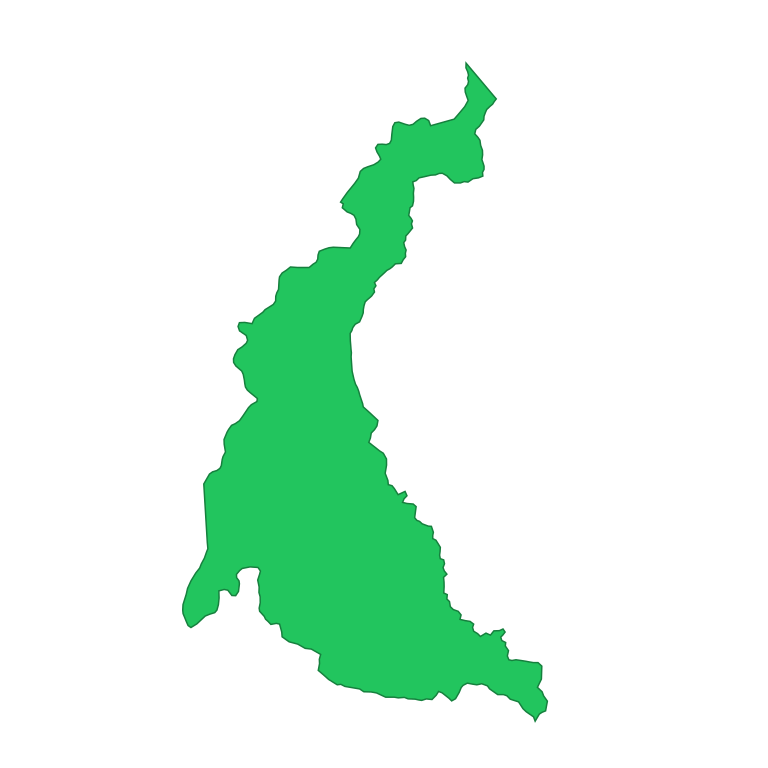 the district of São Pedro dos Crentes, Maranhão, Brazil, rotated 274°
{"feature_id": "56859067B67019144330304", "entity_name": "São Pedro dos Crentes", "entity_type": "district", "adm_level": 2, "iso_a3": "BRA", "parent_name": "Brazil", "parent_adm1": "Maranhão", "projection": "orthographic", "projection_center": [-46.661, -6.85], "detail": "fine", "context": "isolated", "style": "filled", "palette": "green", "viewbox_px": 768, "rotation_deg": 274, "n_neighbors": 0, "source": "geoboundaries", "source_scale": "gbopen_adm2", "svg_char_len": 5172}
<svg xmlns="http://www.w3.org/2000/svg" viewBox="0 0 768 768"><g transform="rotate(274 384 384)"><path d="M116.8,557.1L116.5,552.3L116.9,548.2L117.3,544.9L117.7,540.3L118.1,534.9L117.1,530.9L117.6,527.8L121.3,526.0L126.7,526.8L131.1,523.3L134.6,523.4L136.3,519.4L139.6,518.1L141.8,520.0L145.0,522.1L147.9,519.8L146.0,516.3L145.4,510.8L140.9,507.7L142.6,503.1L138.9,497.8L141.5,494.8L143.6,490.7L147.4,489.3L150.7,490.2L153.2,486.4L153.6,481.6L154.5,476.2L159.0,477.0L162.4,473.9L163.8,468.9L166.5,465.7L171.5,464.5L173.9,461.7L178.3,461.8L179.7,458.2L186.1,458.1L190.5,457.7L195.3,456.9L198.7,460.0L201.7,457.2L205.0,455.7L208.9,456.9L212.7,455.8L213.7,452.3L217.2,451.4L220.4,451.6L225.0,451.6L227.8,449.6L231.8,446.7L233.2,443.4L236.5,443.2L239.5,443.6L245.3,441.2L245.3,438.1L247.2,431.8L249.4,429.1L250.3,426.2L252.8,423.9L263.9,424.6L266.3,421.5L266.4,415.2L267.2,410.8L270.9,412.0L274.1,414.7L278.3,412.5L274.6,405.8L280.4,401.6L283.1,399.1L283.9,395.3L288.1,394.6L295.0,391.4L303.3,392.2L309.4,391.7L314.9,388.1L317.0,384.2L324.7,372.9L329.1,374.2L334.2,374.7L337.9,377.8L341.7,379.9L347.2,380.5L353.5,372.8L359.7,364.9L362.8,364.1L371.5,360.5L375.0,359.3L378.7,357.6L381.8,355.6L386.6,353.7L394.6,351.3L408.8,349.3L412.9,349.3L416.1,348.7L420.9,348.0L424.8,347.4L432.1,346.7L435.0,348.2L438.0,348.9L441.6,351.1L444.3,355.3L449.8,357.3L453.5,358.3L456.8,358.2L460.7,358.6L464.6,359.5L466.9,361.5L470.9,365.5L475.1,368.1L478.2,367.2L481.4,369.1L484.6,367.4L487.4,370.1L490.1,372.0L494.8,376.5L497.6,379.0L499.3,381.7L501.2,383.9L504.7,387.0L505.5,392.8L509.3,394.5L512.5,396.7L515.9,396.2L519.2,396.7L522.4,395.0L526.4,393.8L529.1,395.5L533.1,395.4L535.6,397.4L538.3,399.3L541.6,401.6L545.7,400.2L548.7,401.0L551.3,399.3L553.9,396.9L557.6,397.3L561.7,397.7L563.7,400.0L568.4,400.7L572.5,400.5L576.4,400.0L581.2,400.2L584.7,399.2L587.6,398.6L589.2,402.0L592.1,404.6L593.4,409.1L595.6,416.2L596.2,420.8L597.9,424.3L598.3,427.5L596.1,432.2L592.7,435.9L589.5,440.3L589.9,446.2L591.5,449.8L591.3,453.7L595.0,458.4L596.2,463.8L598.3,468.1L602.0,467.5L605.0,468.8L608.3,468.6L611.6,467.3L614.7,466.0L619.5,466.4L624.0,465.9L628.7,463.8L633.8,462.7L636.6,460.5L639.9,457.1L644.4,457.8L647.9,461.2L654.4,465.1L658.1,465.1L661.9,466.2L665.0,467.3L668.3,470.3L670.7,472.8L673.5,474.3L676.2,476.1L709.8,443.5L705.1,443.7L701.4,445.7L697.9,446.8L695.0,446.1L691.7,447.2L688.5,446.7L684.8,444.2L680.9,444.7L676.8,446.4L672.8,448.2L666.3,445.2L659.1,440.0L653.1,435.5L644.9,412.5L649.9,410.2L652.0,406.1L651.5,402.3L648.3,398.1L645.1,394.9L643.8,391.1L644.6,386.9L646.3,380.5L645.4,376.6L641.4,374.8L633.5,374.4L627.7,374.3L624.4,372.8L623.0,369.6L623.1,365.4L622.6,361.2L618.9,359.1L614.9,360.9L611.0,363.6L608.0,365.1L605.0,362.7L602.0,358.5L599.5,352.5L597.6,348.6L594.4,345.5L587.6,344.1L582.0,340.7L572.5,334.0L565.8,329.9L562.4,328.0L560.9,330.8L556.9,330.1L553.1,335.2L551.9,339.0L550.2,342.3L546.5,344.5L541.2,345.6L536.5,349.2L531.9,349.2L529.1,348.1L525.4,345.5L522.1,343.4L517.3,340.8L516.9,323.9L516.1,319.7L514.4,315.4L511.9,310.2L508.1,309.2L504.0,309.2L500.7,307.8L498.5,304.8L495.0,301.2L494.2,289.6L494.2,282.5L490.7,278.7L487.6,274.6L483.6,272.3L480.5,272.1L471.0,272.2L467.5,270.7L464.0,269.9L459.2,270.1L455.6,268.0L449.9,260.2L447.1,258.1L440.5,250.2L435.0,248.2L435.7,240.8L435.1,235.5L431.2,234.4L426.9,236.2L422.8,243.2L418.1,244.9L415.0,243.7L410.9,239.6L408.1,235.8L403.0,233.3L398.7,232.1L395.0,232.5L391.6,235.0L387.0,241.2L383.8,242.9L378.3,244.4L374.7,245.1L371.3,246.0L368.4,248.1L366.0,251.2L360.7,258.7L357.6,258.4L354.1,253.1L351.0,250.5L342.8,245.8L337.3,242.4L334.0,238.3L332.1,234.8L327.9,232.2L325.0,230.8L317.5,228.3L312.7,228.8L305.1,230.6L300.4,228.5L297.6,227.9L291.2,227.4L288.4,226.2L286.0,223.3L284.4,219.1L282.0,216.2L271.7,211.2L213.5,218.8L207.4,219.8L204.4,218.8L197.8,217.0L191.8,214.3L187.6,213.0L182.3,209.4L174.2,205.2L166.4,202.3L160.5,201.4L149.9,198.9L144.4,199.0L140.9,199.6L137.7,201.2L133.0,203.5L129.4,205.4L127.6,208.4L131.7,214.1L140.1,221.9L142.3,226.4L144.1,231.1L146.8,233.1L152.3,234.2L159.0,234.4L166.1,233.7L167.9,238.9L167.4,242.6L162.4,247.0L162.5,250.8L166.9,253.3L174.6,253.7L177.5,253.1L180.5,250.5L183.8,250.1L187.8,253.0L190.1,255.4L192.2,263.1L192.2,271.1L188.8,273.8L185.6,273.2L179.6,271.7L172.8,273.6L167.3,273.8L163.1,275.3L157.1,275.8L151.7,275.1L148.6,275.8L143.8,280.8L141.2,282.2L139.0,285.0L136.3,287.9L137.7,293.3L137.2,296.6L129.4,299.3L124.7,300.0L120.2,307.3L118.5,316.1L114.8,323.8L114.5,330.0L109.8,339.7L104.9,338.7L100.5,339.2L93.7,338.4L89.9,343.6L85.4,349.4L80.7,358.3L81.4,361.9L79.6,366.1L78.1,381.0L75.6,385.3L75.9,392.7L75.3,398.1L71.7,407.5L72.3,416.1L71.9,420.1L72.8,426.2L71.6,430.0L71.8,437.1L71.3,440.3L71.0,443.6L72.8,448.2L72.6,453.9L77.2,457.8L81.1,459.9L80.0,463.5L75.0,470.8L72.6,473.6L75.0,477.3L81.6,480.5L86.6,482.2L88.9,483.9L91.4,488.0L90.8,493.0L90.4,497.6L91.8,502.4L90.1,508.3L87.3,510.5L82.1,519.1L82.5,524.9L81.6,528.3L78.4,531.9L76.3,540.4L69.8,545.3L67.0,548.7L62.4,556.4L58.2,558.3L65.6,562.0L67.6,564.7L69.2,568.0L79.0,569.1L84.0,565.0L88.0,563.2L92.1,558.2L100.6,561.6L113.6,561.1L116.8,557.1Z" fill="#22c55e" stroke="#15803d" stroke-width="1.5"/></g></svg>